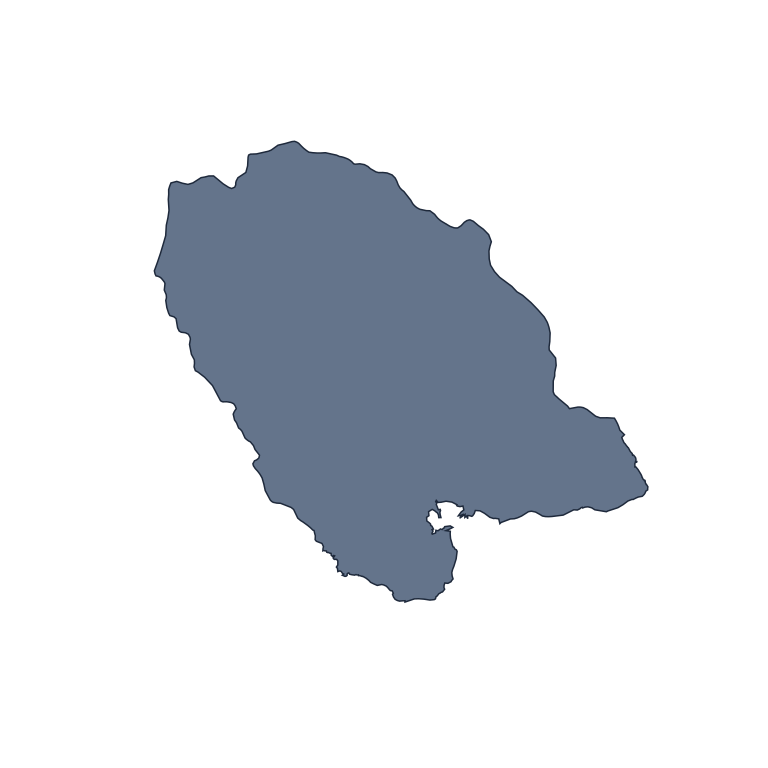 outline of Iablanita, Caras-Severin, Romania, rotated 118°
{"feature_id": "2599482B41356842698791", "entity_name": "Iablanita", "entity_type": "district", "adm_level": 2, "iso_a3": "ROU", "parent_name": "Romania", "parent_adm1": "Caras-Severin", "projection": "robinson", "projection_center": [22.284, 44.936], "detail": "fine", "context": "isolated", "style": "filled", "palette": "slate", "viewbox_px": 768, "rotation_deg": 118, "n_neighbors": 0, "source": "geoboundaries", "source_scale": "gbopen_adm2", "svg_char_len": 6171}
<svg xmlns="http://www.w3.org/2000/svg" viewBox="0 0 768 768"><g transform="rotate(118 384 384)"><path d="M369.4,110.8L369.1,109.9L366.0,107.7L364.3,106.3L362.1,103.5L361.8,103.2L359.2,102.4L357.6,102.3L355.7,102.5L353.7,101.5L352.1,102.3L350.9,102.7L349.4,105.2L349.6,105.4L348.8,106.5L348.1,107.2L347.4,107.6L347.2,108.5L346.6,108.4L346.6,110.0L346.3,110.7L345.4,111.9L345.3,112.3L344.6,112.8L343.2,114.6L340.3,119.5L339.0,122.6L339.0,123.0L339.4,123.3L339.5,123.6L338.5,124.0L336.7,125.1L336.1,125.3L335.5,125.1L334.7,124.6L334.5,124.3L334.1,124.2L333.9,124.3L334.8,125.3L334.4,125.6L333.0,125.7L331.3,126.9L330.7,127.7L329.6,130.3L330.2,130.8L330.2,131.1L328.8,132.3L328.3,134.0L327.6,135.4L325.6,138.3L325.5,139.2L325.0,139.8L324.9,140.5L323.6,143.0L323.4,143.9L322.9,144.9L321.9,146.1L320.9,147.5L319.5,149.0L315.9,147.9L314.0,154.1L311.7,156.5L309.6,159.0L307.7,161.7L306.0,164.5L309.0,171.0L312.4,177.3L313.1,182.0L311.2,192.6L311.3,196.9L312.1,199.5L313.3,201.9L318.7,208.7L317.3,211.6L315.0,222.6L313.4,228.6L311.4,231.0L301.8,236.0L296.9,237.0L293.6,238.7L286.8,240.7L280.5,244.7L276.4,254.1L273.7,255.7L268.8,257.5L260.9,261.3L256.7,264.8L254.7,266.8L252.9,268.8L249.6,274.0L246.2,283.0L243.2,292.2L240.6,303.3L240.2,309.9L237.8,317.0L235.5,332.1L232.9,339.2L229.1,345.7L224.2,349.8L217.2,353.8L212.7,355.1L208.0,356.0L203.0,361.7L200.7,368.9L199.8,375.2L198.4,381.5L198.7,385.1L199.3,386.0L200.9,387.6L203.5,389.0L208.0,390.2L211.6,392.2L212.5,393.8L213.2,395.5L213.8,399.6L213.3,409.9L212.9,412.3L212.3,414.6L211.4,416.8L210.4,419.0L209.5,424.8L211.1,428.1L212.9,434.4L212.9,437.5L212.5,439.8L211.8,442.1L211.2,443.5L209.2,446.6L204.7,456.8L204.2,459.5L203.3,462.1L201.4,465.1L199.0,467.8L196.9,470.8L195.6,475.0L196.2,480.3L197.8,484.3L199.9,488.1L200.5,490.7L200.3,497.1L199.5,500.3L199.5,504.3L200.9,508.7L203.5,512.7L203.8,514.3L203.1,516.0L202.7,517.7L202.4,519.5L202.3,521.3L202.5,523.5L202.8,525.7L203.3,528.0L204.0,530.1L204.2,533.3L207.3,544.3L209.5,547.9L211.5,551.6L213.2,555.4L214.6,559.2L214.2,562.4L213.6,565.6L212.8,568.4L211.5,572.4L211.4,574.6L211.7,576.9L213.2,579.1L218.2,584.3L222.9,589.7L230.4,593.4L232.7,595.3L240.7,604.6L243.8,609.9L245.4,611.0L247.5,610.5L255.5,606.8L262.1,605.3L270.4,609.8L274.2,609.8L276.1,609.3L277.8,608.4L280.3,608.2L282.9,610.3L283.3,613.5L282.8,619.9L280.3,632.1L282.6,636.4L285.3,639.3L287.7,642.4L296.1,647.1L299.8,650.8L301.4,656.4L302.4,662.1L306.5,666.5L310.0,666.1L313.5,665.4L317.7,663.1L322.3,661.1L331.7,655.3L338.7,652.8L345.9,650.8L355.5,646.4L364.6,644.5L373.6,642.7L382.7,641.2L391.9,639.9L394.3,637.8L395.6,636.0L395.1,634.6L394.9,633.1L394.9,631.7L395.2,630.2L397.0,625.9L398.2,624.5L404.2,622.1L407.4,618.2L409.1,617.1L410.2,616.5L412.7,615.9L418.5,611.6L422.6,607.4L424.1,605.2L423.3,601.0L423.9,598.3L431.3,592.6L433.4,589.7L433.5,587.4L432.0,583.4L431.9,580.0L433.9,577.1L435.3,576.0L440.4,574.3L448.2,568.0L451.7,562.8L454.8,561.0L458.1,559.7L460.8,556.8L460.8,554.0L462.2,545.6L465.9,534.7L475.5,520.5L475.6,519.2L475.4,517.9L473.5,514.5L472.9,512.8L472.1,510.2L472.0,507.5L473.1,505.2L475.2,502.8L477.0,503.1L478.8,503.2L481.4,503.0L485.9,499.1L487.5,496.0L491.1,491.7L491.5,489.4L492.4,487.2L496.9,481.4L497.4,479.8L497.7,478.1L497.9,476.5L497.8,474.8L499.7,470.3L502.4,467.1L505.3,460.5L507.8,459.8L508.8,460.0L510.9,460.9L512.6,462.3L516.0,462.3L517.5,460.9L519.1,458.0L520.2,454.9L521.6,451.8L522.3,450.5L524.2,447.5L528.9,443.0L533.9,438.8L539.8,430.0L540.4,428.2L540.5,426.3L539.5,422.8L537.9,419.3L536.6,408.1L537.2,404.9L542.9,397.2L543.7,393.5L543.9,390.6L544.7,384.9L545.4,381.6L546.4,378.2L546.2,377.0L548.2,375.3L550.2,373.4L553.8,371.7L554.6,369.9L553.9,363.9L556.0,361.1L557.9,360.6L559.9,359.7L559.6,359.5L558.5,356.4L559.4,355.6L559.3,354.6L558.8,354.0L558.9,352.9L558.4,351.2L560.0,350.2L560.4,348.5L559.0,347.9L558.9,346.9L561.5,347.2L562.1,346.1L562.1,345.3L561.7,344.8L561.1,343.4L561.9,341.7L565.5,339.8L568.0,340.1L568.7,338.5L571.3,336.7L569.8,335.3L569.6,333.8L570.8,331.6L570.6,330.4L571.1,330.2L572.4,331.0L572.2,328.2L571.6,327.3L570.4,326.7L569.0,327.4L568.2,327.2L567.3,326.4L568.1,325.0L567.5,322.8L566.5,320.1L565.4,319.3L565.3,318.2L564.5,317.0L565.2,316.5L564.5,315.2L564.1,312.7L563.8,312.5L563.9,308.6L564.5,305.3L565.4,302.7L565.3,299.2L565.0,295.4L562.1,291.9L561.6,290.1L561.4,287.1L562.0,285.1L563.0,282.7L563.4,281.4L562.8,279.7L564.4,277.5L565.6,277.8L567.6,275.6L568.9,273.1L568.9,270.6L568.4,268.3L566.9,266.1L565.5,263.7L566.7,263.1L559.5,256.3L557.4,252.7L555.2,247.7L553.2,242.0L550.8,238.4L549.6,237.7L547.3,238.2L546.1,237.5L543.6,237.2L542.3,236.3L541.2,235.8L540.1,234.7L536.7,234.1L535.6,235.5L533.7,236.4L531.2,236.9L530.0,234.0L527.1,232.0L525.7,232.0L523.7,231.5L521.5,233.7L518.7,235.6L515.4,236.4L512.3,236.7L504.5,238.2L497.4,240.9L496.4,242.3L496.5,243.8L495.2,245.8L495.4,246.7L489.2,252.7L485.3,255.2L482.9,256.3L484.4,260.5L481.4,258.0L478.3,255.9L478.2,258.9L481.4,263.4L483.4,263.5L483.6,263.9L485.2,264.3L485.5,266.1L488.2,267.4L488.8,269.5L491.3,268.5L493.9,270.9L493.3,271.6L490.8,271.7L490.1,273.2L488.9,272.2L487.0,275.0L487.0,276.4L485.9,277.0L485.4,278.4L484.8,281.9L481.7,283.8L479.2,282.5L475.8,284.7L472.1,282.6L472.1,279.9L472.5,278.2L472.7,276.5L473.9,274.6L476.3,272.9L475.2,271.0L472.7,273.3L470.8,274.5L469.3,274.6L468.3,275.5L469.5,277.0L465.8,281.3L464.2,281.5L463.7,283.1L462.2,283.2L463.2,280.6L461.6,278.1L458.4,274.2L456.4,268.6L456.3,263.0L456.8,263.1L457.4,262.1L456.6,259.3L454.7,257.0L457.7,254.4L460.8,255.8L465.5,256.5L464.3,254.8L461.3,252.4L466.1,254.1L466.3,253.9L461.1,251.2L463.8,250.0L462.0,249.2L463.6,246.8L460.9,248.4L460.2,247.0L459.6,244.3L458.6,243.8L456.0,243.5L452.8,244.0L450.9,239.7L451.0,234.5L452.0,227.9L451.3,224.0L450.5,222.9L449.2,219.4L452.9,216.1L451.3,215.6L443.8,209.0L441.8,205.7L439.5,203.3L435.9,200.5L428.9,196.5L427.1,194.1L425.9,190.1L426.0,184.8L426.2,182.2L425.3,179.3L424.0,176.6L422.2,173.6L415.6,164.2L406.0,157.4L404.5,154.1L402.3,152.5L400.9,152.0L399.8,151.1L400.2,150.4L398.4,148.8L396.7,146.3L395.8,142.5L396.1,138.8L392.4,127.7L391.0,126.7L383.4,119.4L378.3,116.3L372.8,113.7L369.4,110.8Z" fill="#64748b" stroke="#1e293b" stroke-width="1.5"/></g></svg>